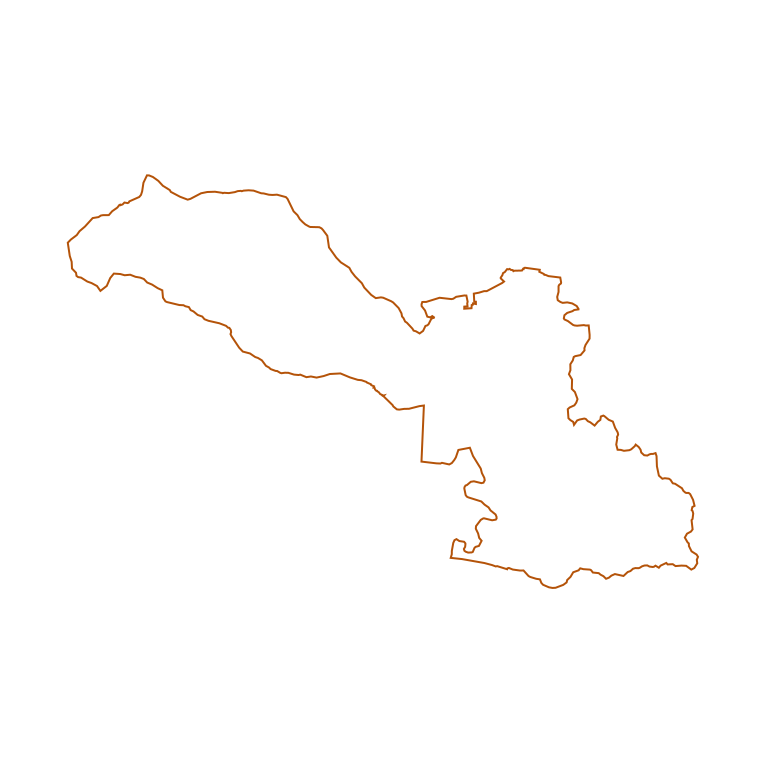 Hoghilag, Sibiu, Romania, rotated 94°
{"feature_id": "2599482B10102156150057", "entity_name": "Hoghilag", "entity_type": "district", "adm_level": 2, "iso_a3": "ROU", "parent_name": "Romania", "parent_adm1": "Sibiu", "projection": "orthographic", "projection_center": [24.623, 46.211], "detail": "fine", "context": "isolated", "style": "outline", "palette": "amber", "viewbox_px": 768, "rotation_deg": 94, "n_neighbors": 0, "source": "geoboundaries", "source_scale": "gbopen_adm2", "svg_char_len": 6123}
<svg xmlns="http://www.w3.org/2000/svg" viewBox="0 0 768 768"><g transform="rotate(94 384 384)"><path d="M213.8,592.7L211.4,600.6L207.2,610.1L205.5,611.2L201.7,618.4L197.1,623.3L193.6,629.0L192.3,633.0L192.4,635.0L200.0,638.0L208.7,638.7L212.3,639.6L214.5,641.2L219.6,650.8L220.8,651.3L221.4,652.3L221.1,655.6L223.1,657.3L224.0,659.4L223.5,659.7L223.9,660.5L226.6,662.3L230.6,667.2L234.7,670.3L235.2,676.3L235.7,678.2L237.4,680.4L238.8,686.2L247.8,693.3L252.8,698.4L256.9,700.9L261.7,706.4L265.1,709.3L278.2,706.4L283.9,704.1L290.6,703.3L294.5,699.0L297.6,698.3L298.7,696.6L299.0,693.6L302.5,687.1L303.7,682.8L306.3,677.1L310.9,673.4L305.5,667.4L297.4,664.5L292.7,661.2L292.7,654.7L293.6,650.3L292.7,644.8L294.4,639.4L294.9,634.5L296.0,630.9L299.3,627.3L301.0,622.3L304.2,616.4L306.0,611.7L313.3,610.5L316.8,607.8L317.4,606.2L319.5,593.7L319.4,589.5L320.3,587.6L320.9,584.0L323.8,582.0L324.9,579.1L328.1,574.7L329.4,570.0L331.9,567.6L333.2,563.5L334.9,552.5L337.0,545.6L338.7,543.5L338.8,542.2L340.8,540.6L343.0,540.1L344.9,540.6L346.9,539.5L357.9,531.0L361.5,527.1L362.9,519.8L366.1,514.3L366.8,511.6L368.9,507.5L374.1,503.0L375.6,499.8L377.0,498.2L378.5,493.1L378.5,491.5L380.1,488.3L380.4,487.0L379.7,483.8L379.5,480.3L380.9,474.4L381.0,469.8L380.5,468.2L382.6,461.9L381.6,457.4L382.3,451.7L380.3,444.8L377.8,438.7L376.5,428.2L379.8,418.4L381.7,410.4L381.8,406.7L383.2,401.6L383.7,401.2L385.2,397.0L386.0,396.7L387.0,393.8L388.4,394.2L388.4,393.2L390.0,392.6L391.2,391.3L391.4,389.7L391.4,390.8L392.6,388.6L394.3,387.1L395.3,384.4L395.5,385.0L395.9,384.5L395.5,383.3L396.1,383.8L404.5,373.9L405.7,373.2L408.4,369.4L408.5,367.0L407.4,362.1L407.0,357.4L403.6,347.1L402.7,342.7L458.8,341.2L459.5,326.2L459.4,322.2L458.6,320.7L459.7,313.3L458.1,310.8L454.9,308.6L452.2,307.2L444.6,305.2L441.6,293.9L449.6,290.2L461.6,281.6L466.1,280.1L470.6,277.4L473.0,276.8L475.5,277.9L476.1,279.9L474.8,287.5L475.5,290.6L479.0,294.2L479.6,295.6L481.3,296.5L482.6,296.6L489.1,294.8L490.6,293.5L491.2,292.1L494.4,278.7L497.3,275.3L499.8,271.1L502.7,268.9L506.4,263.6L508.6,262.5L510.3,262.3L511.5,263.0L512.4,266.6L511.0,274.9L511.2,275.7L512.8,278.0L519.4,282.3L522.0,282.3L526.5,279.7L530.9,278.3L533.6,275.7L538.9,278.0L540.1,281.3L541.2,282.3L545.3,283.7L545.9,284.8L546.3,288.3L545.6,290.8L544.8,292.1L543.0,292.8L540.8,291.7L538.3,291.6L537.3,291.7L535.8,293.1L535.4,297.9L533.7,300.9L534.9,302.8L537.7,303.8L545.8,304.7L549.1,304.5L552.8,305.3L553.2,294.0L555.6,271.3L557.1,263.5L558.2,259.8L557.8,258.4L560.2,248.2L559.3,248.0L558.8,246.6L560.1,242.6L560.6,235.4L560.3,231.8L565.5,226.4L566.3,224.6L567.7,218.6L568.0,214.8L571.4,213.2L573.2,211.3L575.3,205.3L575.7,201.7L575.3,198.6L571.9,191.2L569.2,188.0L566.8,187.6L563.4,184.5L558.6,182.1L556.3,176.9L554.2,175.4L554.8,172.2L554.8,165.6L555.3,164.4L557.5,162.5L557.7,156.6L559.1,154.7L560.4,151.7L562.8,148.9L561.5,146.1L559.3,143.8L557.5,140.4L558.8,131.7L554.6,127.8L553.4,125.1L550.9,122.7L550.1,120.4L550.0,117.4L549.6,116.2L547.9,113.9L546.9,111.5L546.6,108.7L547.6,106.4L547.8,103.2L547.5,102.0L546.3,100.5L548.1,97.0L545.9,95.4L542.8,89.9L544.2,88.5L543.6,83.4L545.3,80.5L544.4,74.6L544.3,69.9L547.7,64.5L545.9,61.6L541.0,59.0L537.5,59.7L534.5,58.7L532.3,60.3L529.5,65.5L524.4,68.5L521.8,68.8L520.8,70.1L516.2,73.2L512.2,71.3L509.8,67.5L507.5,66.0L498.4,67.7L497.1,66.8L491.7,66.5L489.2,67.3L488.4,68.3L485.2,67.8L483.9,65.7L478.0,67.6L472.5,70.9L471.4,72.5L471.6,74.9L471.3,75.8L469.7,77.9L467.2,79.5L463.2,86.7L462.9,89.0L459.6,91.5L458.6,93.2L458.4,97.3L459.1,99.7L456.2,103.4L447.1,106.0L436.9,107.1L434.0,108.3L435.0,110.8L435.1,112.7L435.7,114.3L437.0,116.3L436.9,119.5L434.4,122.6L431.6,123.5L429.1,125.5L426.9,128.7L428.5,129.5L431.9,132.8L432.9,134.6L433.9,140.0L433.2,143.2L433.3,146.4L428.2,148.1L422.0,147.5L420.7,147.9L418.2,146.9L416.0,147.5L411.6,150.4L405.5,153.1L404.0,157.4L400.7,161.9L400.2,163.0L401.3,165.4L404.7,165.7L406.8,168.1L410.8,171.0L407.8,175.6L406.9,178.0L404.8,180.3L404.5,181.8L405.8,186.4L406.9,188.8L411.5,191.6L408.6,192.6L407.0,195.6L405.3,197.6L396.3,198.9L394.5,197.2L392.0,192.6L389.2,190.9L385.6,189.9L378.7,193.0L375.8,196.3L366.4,196.7L361.3,200.2L357.2,199.0L351.3,199.5L347.3,197.3L343.8,196.6L342.9,195.2L341.4,189.9L336.5,186.3L334.3,186.6L331.0,185.7L324.4,182.1L320.7,182.3L311.3,183.9L311.6,186.8L311.3,188.7L312.4,195.5L312.3,198.0L311.9,199.5L308.4,204.9L307.0,208.5L306.0,209.2L302.8,208.8L300.3,206.2L298.2,201.1L296.9,199.4L296.0,195.2L295.5,195.2L292.8,197.2L290.5,201.8L289.8,206.9L290.6,211.4L289.9,213.7L288.3,216.5L285.1,217.3L280.0,216.3L274.2,216.7L272.8,216.1L271.4,214.5L270.3,214.4L265.5,215.6L264.9,227.5L263.9,230.4L263.9,231.7L263.1,232.2L261.2,236.9L259.2,236.6L258.2,251.4L258.4,252.2L259.6,252.7L259.4,253.3L261.2,254.3L261.9,261.9L262.4,262.8L261.4,263.5L261.3,265.4L260.4,266.7L261.0,267.9L260.8,269.2L263.9,271.3L265.1,273.0L267.2,273.5L269.8,275.0L270.5,274.9L273.4,271.4L275.0,273.2L284.2,288.0L284.4,290.7L286.3,295.7L287.6,300.7L295.6,299.7L295.5,298.1L297.8,297.9L297.5,300.9L298.7,300.9L299.1,302.0L302.3,302.0L303.3,309.2L301.2,309.3L300.7,306.1L297.8,306.6L296.1,306.3L290.0,308.0L290.1,310.1L292.0,318.1L294.1,320.8L294.6,322.6L294.1,334.6L299.2,347.7L299.5,351.5L301.8,352.1L303.7,351.9L307.8,348.2L313.8,345.5L314.3,342.5L312.9,340.6L314.0,338.8L314.6,339.0L314.8,340.1L316.0,341.5L321.2,343.7L322.4,344.8L323.2,346.7L328.3,348.7L331.1,352.0L329.2,355.8L328.7,358.2L326.8,359.5L321.3,365.4L320.2,367.3L317.0,369.1L315.4,370.7L312.3,371.5L307.2,374.7L302.0,380.6L300.9,382.7L298.0,390.8L297.8,393.1L298.9,398.2L296.0,403.0L289.2,410.4L285.0,413.1L278.7,420.3L274.4,424.2L270.5,426.7L265.7,435.5L261.3,440.4L251.6,448.4L240.1,450.9L234.6,455.6L233.1,457.2L232.1,459.5L232.5,468.5L232.2,469.6L230.3,473.6L228.0,476.6L225.4,479.5L221.6,482.1L218.1,486.2L206.1,493.1L204.4,494.9L202.6,504.0L203.2,508.4L203.2,512.1L202.3,517.3L202.3,519.8L200.2,527.6L200.2,532.6L200.9,537.6L201.6,539.3L201.3,540.2L201.8,543.4L203.0,546.2L204.4,552.2L204.4,556.9L204.9,558.1L204.6,558.6L204.0,566.0L204.8,573.7L206.5,579.8L212.8,590.0L213.8,592.7Z" fill="none" stroke="#b45309" stroke-width="2"/></g></svg>